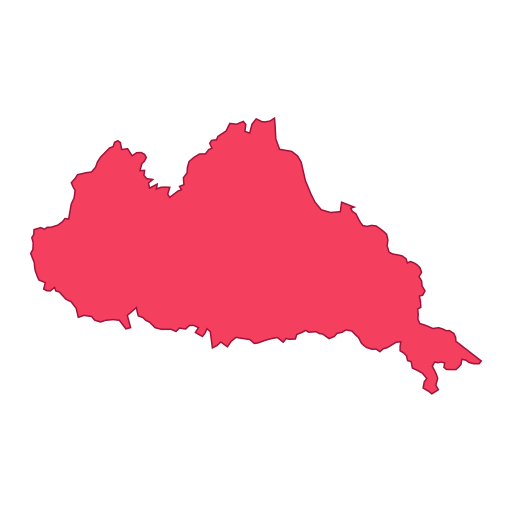 Salto do Jacuí, Rio Grande do Sul, Brazil
{"feature_id": "56859067B37643782089804", "entity_name": "Salto do Jacuí", "entity_type": "district", "adm_level": 2, "iso_a3": "BRA", "parent_name": "Brazil", "parent_adm1": "Rio Grande do Sul", "projection": "robinson", "projection_center": [-53.231, -29.069], "detail": "fine", "context": "isolated", "style": "filled", "palette": "rose", "viewbox_px": 512, "rotation_deg": 0, "n_neighbors": 0, "source": "geoboundaries", "source_scale": "gbopen_adm2", "svg_char_len": 3351}
<svg xmlns="http://www.w3.org/2000/svg" viewBox="0 0 512 512"><path d="M481.3,361.0L455.9,341.3L455.6,337.3L453.8,333.4L449.4,330.6L446.2,330.7L442.8,329.0L438.6,327.7L432.8,328.5L427.7,326.2L423.7,324.7L419.9,323.6L417.9,319.3L418.2,314.4L417.7,308.9L420.8,307.4L420.5,301.5L419.4,296.1L422.7,295.2L425.0,290.9L422.0,285.8L421.6,280.9L419.0,276.6L421.6,272.3L419.9,267.6L416.8,264.6L413.7,262.7L410.4,261.5L407.4,262.9L406.0,258.7L401.9,255.8L396.7,254.7L393.1,254.1L389.1,252.3L387.1,245.7L387.9,240.0L386.6,234.3L383.5,231.4L379.9,228.6L376.0,225.9L371.4,225.4L367.2,226.4L362.8,225.6L360.7,222.9L358.6,219.3L356.0,213.9L352.3,211.3L350.7,208.2L354.1,207.1L341.6,202.2L340.3,211.7L330.6,212.5L321.3,209.8L314.9,202.0L311.2,194.6L305.4,180.7L301.2,162.2L297.6,156.0L291.7,151.4L279.6,149.3L275.8,139.1L275.2,127.1L274.5,118.1L270.1,121.0L265.1,121.9L262.0,121.7L256.2,118.9L252.0,124.2L249.7,133.1L244.9,131.4L245.8,124.5L243.3,121.4L236.6,124.2L229.8,123.4L226.1,131.0L217.9,136.4L216.5,139.8L211.7,140.3L209.7,143.2L211.9,148.3L208.8,149.5L205.4,153.9L199.4,154.0L193.8,157.5L189.1,161.5L187.4,167.6L187.1,172.9L183.4,177.7L183.9,184.7L179.5,186.4L181.5,189.8L178.0,191.0L169.7,197.4L167.7,194.2L169.8,187.3L165.2,187.1L160.8,187.3L156.4,189.0L157.2,184.1L149.5,188.1L148.5,183.0L152.7,179.5L146.7,178.6L143.9,175.4L144.6,170.4L140.0,170.6L141.9,163.6L144.4,161.1L146.3,157.5L144.6,154.4L141.2,152.5L136.6,152.7L132.1,155.8L127.6,148.7L121.7,149.5L120.4,142.6L117.9,140.7L114.6,142.3L113.2,146.5L109.5,148.0L100.6,157.1L97.5,161.8L95.6,167.2L91.5,172.0L86.2,172.7L77.5,174.7L75.2,178.4L71.3,182.7L73.0,186.7L75.1,190.4L74.1,198.0L71.3,203.9L68.6,219.1L65.0,218.5L62.6,221.6L57.9,225.1L50.9,227.3L47.1,227.3L44.5,229.2L40.8,227.6L34.0,229.6L33.8,234.5L31.8,237.6L33.2,242.9L32.9,249.4L30.7,253.4L32.4,257.9L34.3,262.6L34.6,266.7L35.3,270.9L37.1,275.8L38.9,280.0L45.3,282.6L43.7,289.1L46.8,290.7L50.3,290.9L54.6,287.4L55.8,291.0L59.1,291.8L65.9,299.2L71.2,301.8L76.2,308.4L78.3,317.3L84.0,315.4L91.6,316.5L94.7,320.2L100.6,322.0L105.5,320.3L113.2,319.6L119.4,320.3L125.9,328.9L130.6,327.6L127.3,315.4L133.8,309.8L136.4,307.6L137.2,311.7L138.3,315.9L143.0,317.6L145.7,320.3L149.6,322.2L155.1,327.7L161.4,329.3L171.1,329.3L176.0,331.5L179.4,328.1L185.7,329.0L189.3,325.5L193.6,325.4L198.5,327.6L195.4,332.5L202.4,336.5L204.8,333.4L207.0,328.7L210.3,331.7L212.4,347.9L216.9,345.6L220.8,342.0L227.4,346.8L231.1,341.4L236.0,337.4L249.9,339.6L254.4,343.5L257.7,343.0L266.5,339.9L273.2,338.2L277.5,337.6L283.2,342.2L286.2,338.5L289.2,339.3L295.3,339.0L296.8,334.4L301.3,332.7L305.8,330.4L308.7,332.2L316.2,331.7L319.4,333.6L322.5,333.9L329.0,338.6L334.3,336.5L336.9,333.4L342.2,332.2L346.0,329.9L351.9,331.0L355.3,334.6L358.6,337.6L361.3,343.0L363.5,345.2L366.6,347.5L371.8,349.2L376.2,349.1L379.9,351.7L383.3,348.7L387.2,347.7L396.2,342.2L400.7,341.8L400.1,346.8L400.1,350.8L403.8,353.0L406.4,355.7L407.6,360.6L411.1,361.6L412.4,368.1L416.6,370.0L422.4,373.2L426.8,378.5L424.3,381.7L423.1,388.0L429.0,391.5L431.8,393.9L438.4,389.7L435.8,385.2L436.7,381.9L437.7,378.5L436.3,374.2L434.3,370.1L432.3,366.3L434.7,362.0L437.6,362.7L441.3,362.0L444.7,362.9L443.9,367.3L446.4,369.4L450.8,369.6L455.9,369.6L458.6,367.1L460.9,364.6L461.9,359.3L466.0,360.2L468.8,362.4L473.5,363.7L479.2,363.7L481.3,361.0Z" fill="#f43f5e" stroke="#9f1239" stroke-width="1.5"/></svg>